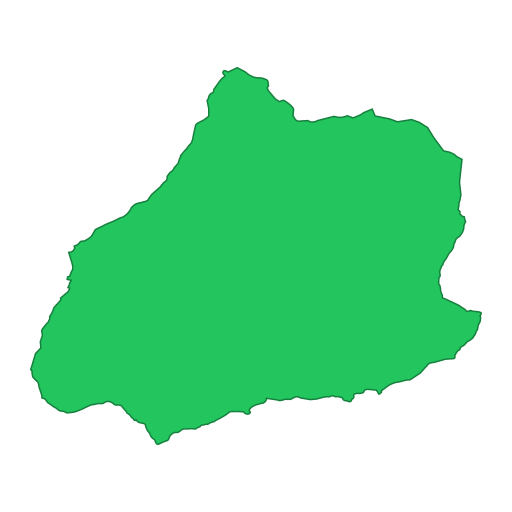 Bucium, Alba, Romania (Equal Earth projection)
{"feature_id": "2599482B42825543751910", "entity_name": "Bucium", "entity_type": "district", "adm_level": 2, "iso_a3": "ROU", "parent_name": "Romania", "parent_adm1": "Alba", "projection": "equal_earth", "projection_center": [23.162, 46.26], "detail": "fine", "context": "isolated", "style": "filled", "palette": "green", "viewbox_px": 512, "rotation_deg": 0, "n_neighbors": 0, "source": "geoboundaries", "source_scale": "gbopen_adm2", "svg_char_len": 6002}
<svg xmlns="http://www.w3.org/2000/svg" viewBox="0 0 512 512"><path d="M453.9,358.6L454.8,357.8L454.9,357.1L454.8,355.5L456.6,352.3L458.3,350.4L459.4,350.0L460.0,349.2L460.4,347.5L462.3,346.1L463.4,345.7L465.0,344.3L465.8,343.1L466.5,342.7L467.0,341.8L469.4,340.6L472.5,338.3L475.4,333.9L476.2,331.4L477.5,329.5L478.2,325.3L480.1,321.6L480.6,318.6L480.4,316.4L480.0,315.6L480.6,315.1L481.3,313.2L480.9,312.6L479.0,311.9L472.0,311.1L470.9,310.5L466.8,311.5L464.9,309.3L462.6,308.0L459.1,305.5L446.3,299.4L442.3,297.8L442.4,295.4L441.6,293.6L440.7,291.2L440.3,287.5L439.8,285.5L438.6,283.7L438.8,281.8L438.7,281.5L438.7,280.9L438.9,279.2L438.8,278.7L438.8,278.2L439.8,276.7L440.1,275.9L440.2,275.1L439.8,273.1L439.8,271.0L440.4,269.1L440.9,268.2L441.4,266.5L441.9,265.8L442.8,264.8L443.6,262.1L445.4,259.7L446.9,257.3L448.6,254.1L449.3,253.0L450.9,251.4L451.7,250.3L453.2,247.8L453.5,246.8L453.8,244.6L454.8,242.4L455.5,240.4L456.0,239.1L456.7,238.4L459.9,236.0L462.4,232.4L463.7,228.9L464.0,225.1L465.6,221.5L464.9,220.0L464.3,216.8L462.3,216.3L459.8,213.8L460.0,211.6L458.2,209.8L458.5,207.2L458.9,205.7L458.9,203.3L459.2,202.9L458.9,202.6L459.8,200.7L460.9,195.0L459.5,182.2L462.0,159.4L457.1,156.8L453.8,154.1L449.6,152.2L443.6,150.9L433.8,137.7L427.6,127.6L419.4,122.4L411.6,119.6L397.5,121.8L389.5,118.9L375.1,116.0L372.2,109.1L363.8,112.6L361.1,114.5L357.6,116.1L353.0,117.9L347.2,115.7L345.4,116.5L342.1,117.3L338.5,117.4L333.9,116.4L317.1,120.7L316.7,121.2L314.1,121.9L310.9,122.1L307.8,120.6L298.5,121.2L296.5,120.6L294.8,118.8L293.0,115.4L293.6,109.5L293.0,107.9L291.0,105.6L289.4,104.2L286.3,101.9L283.9,100.4L283.1,100.3L279.3,101.6L275.3,98.9L268.3,90.6L267.2,87.8L268.5,85.9L267.9,81.3L267.5,80.6L266.5,79.7L263.6,78.6L261.6,78.0L256.8,77.8L253.8,77.2L249.4,75.2L245.0,71.8L237.3,67.7L228.2,72.0L225.2,70.7L224.0,70.7L223.2,71.5L222.9,72.6L223.2,73.8L224.8,75.4L224.8,76.4L222.2,78.3L219.8,81.0L214.2,88.9L213.8,89.7L213.6,91.5L213.4,92.2L210.5,93.9L209.3,95.4L208.5,97.4L208.3,99.0L207.1,100.3L208.3,106.4L208.7,108.1L208.8,115.7L208.1,116.8L203.8,120.0L198.4,122.7L196.7,123.8L195.7,125.1L194.1,131.8L192.6,139.4L191.5,142.7L188.3,146.3L187.3,147.9L183.6,152.0L181.3,154.9L180.7,155.4L180.9,155.9L180.3,157.0L179.3,159.5L178.2,163.2L175.7,166.2L174.3,167.6L173.3,169.7L171.9,171.2L170.2,172.3L169.4,173.3L168.4,174.7L167.7,175.5L167.1,176.6L167.2,178.9L166.9,179.6L166.5,180.2L165.5,181.3L164.6,182.0L163.5,182.7L162.6,184.0L161.8,184.8L160.3,186.9L152.0,194.2L149.3,197.8L147.9,200.2L146.6,200.9L145.0,201.6L143.5,201.8L141.3,202.6L140.0,202.7L138.1,203.2L135.1,204.3L131.5,207.4L131.0,208.6L129.7,210.8L127.1,214.0L124.4,216.1L123.2,216.9L122.3,217.3L121.2,217.5L119.9,218.0L114.0,221.0L110.8,222.3L105.5,224.5L101.8,226.5L100.8,226.9L97.5,228.5L95.3,229.7L91.7,235.9L90.2,237.4L88.4,238.7L84.7,240.9L82.0,241.2L80.8,241.4L80.3,241.8L79.6,242.5L78.8,243.5L77.9,244.4L76.8,245.1L74.2,246.1L74.7,248.4L73.3,250.6L71.5,252.0L68.7,252.4L71.7,262.0L72.4,264.6L72.9,267.5L72.6,269.4L72.2,270.4L71.3,272.0L70.7,273.4L69.7,276.3L67.6,276.9L67.2,279.4L71.3,280.3L69.9,282.7L69.1,285.1L68.0,287.6L68.9,287.8L69.7,288.1L69.2,289.7L67.9,291.9L60.5,298.1L60.9,299.9L56.8,304.5L54.1,307.4L51.8,313.4L50.5,315.1L49.7,316.6L49.8,318.7L47.9,322.6L46.7,323.6L44.6,326.2L42.2,329.3L41.7,330.6L42.4,335.6L40.3,341.7L40.9,347.9L35.6,353.5L30.7,369.7L31.4,370.1L31.9,370.9L32.2,373.8L32.5,375.9L32.8,376.9L34.6,379.0L38.0,382.2L38.6,384.5L39.3,387.8L41.8,395.2L42.0,398.0L44.2,398.5L46.1,400.3L46.8,401.4L47.8,402.7L50.2,404.2L53.1,406.4L55.7,407.9L58.2,409.7L59.0,410.4L59.7,410.8L62.9,411.3L64.0,411.5L66.6,412.8L67.7,412.9L73.9,412.1L76.7,411.3L82.8,408.8L85.3,407.5L91.2,404.8L93.0,404.7L97.8,403.6L101.8,403.6L102.7,403.5L103.9,403.0L104.5,402.5L105.3,401.9L106.2,401.7L107.7,401.5L108.7,401.4L109.4,401.6L110.7,402.0L112.4,402.8L112.7,403.0L113.9,404.2L114.7,404.6L115.8,405.0L116.7,405.1L118.9,404.9L121.1,405.6L121.9,406.3L123.0,407.9L126.1,411.3L127.2,413.2L128.3,413.8L129.6,414.8L130.3,415.6L131.5,417.4L133.1,418.5L133.6,419.4L134.4,420.2L134.9,420.5L135.3,420.4L135.7,419.9L136.0,419.7L136.4,419.9L136.9,420.8L137.7,421.7L138.8,422.4L143.7,423.5L144.5,423.8L145.0,424.2L145.5,425.2L145.7,426.3L146.4,428.4L147.6,430.8L148.4,431.9L149.6,433.1L150.2,434.7L150.6,435.9L152.3,438.1L153.6,439.0L154.5,439.7L155.1,440.6L155.5,442.0L156.6,443.9L158.3,444.3L164.4,441.5L167.2,440.6L168.5,439.6L169.0,438.0L169.5,436.7L170.8,435.0L171.7,434.1L173.5,432.9L174.7,432.5L178.0,432.4L180.3,430.9L181.1,430.2L182.3,429.4L183.7,428.9L187.4,428.9L192.1,428.6L194.2,429.0L196.0,428.8L196.9,427.9L200.0,426.7L201.3,425.1L202.5,424.9L203.8,424.9L205.4,424.3L206.7,424.2L207.7,424.3L209.1,423.5L209.9,422.9L214.4,421.5L215.2,420.7L220.1,418.2L225.6,415.0L230.2,411.6L237.9,411.5L243.6,411.8L245.1,413.5L247.2,414.1L248.6,414.0L249.6,413.4L250.2,412.7L250.1,411.7L249.4,411.3L249.3,410.0L249.9,408.8L251.9,406.9L253.4,406.0L255.9,404.9L261.1,403.4L263.2,403.1L264.9,402.0L266.3,399.8L266.4,398.3L277.2,399.9L279.3,400.6L281.3,400.4L285.2,399.3L290.8,399.3L294.1,397.5L296.3,396.7L298.9,397.1L300.7,398.0L310.3,399.6L316.8,399.0L322.7,397.4L326.5,396.7L329.0,396.9L331.5,395.9L332.4,395.7L333.7,396.0L335.1,396.6L335.9,396.8L337.8,396.5L339.1,396.8L340.3,397.3L341.3,397.3L342.5,398.0L343.1,399.5L343.5,399.9L344.4,400.4L345.2,400.7L347.3,400.8L348.2,401.5L349.8,401.7L351.0,401.2L351.3,400.7L351.9,399.2L352.7,398.8L353.1,398.4L353.8,397.4L353.9,396.3L353.7,395.1L353.7,394.7L354.0,394.3L354.5,393.8L355.9,393.7L356.5,393.4L357.1,393.2L358.1,393.4L359.0,393.5L361.7,393.1L363.3,392.5L363.9,391.8L364.1,391.0L364.8,390.1L365.7,389.6L367.5,389.3L376.2,390.1L376.6,390.5L377.8,392.2L378.6,393.9L378.9,394.1L380.0,393.7L381.3,392.5L381.6,391.7L381.4,391.2L381.4,390.6L384.1,388.9L387.5,386.2L390.2,384.5L393.8,383.0L395.4,382.5L400.0,381.7L404.6,380.5L406.9,380.0L409.0,379.9L410.4,379.6L420.2,373.1L428.8,363.6L431.8,362.6L434.1,362.4L445.3,359.2L453.9,358.6Z" fill="#22c55e" stroke="#15803d" stroke-width="1.5"/></svg>